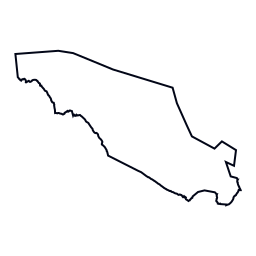 outline of Melchor Ocampo, Zacatecas, Mexico
{"feature_id": "50627088B70074027244327", "entity_name": "Melchor Ocampo", "entity_type": "district", "adm_level": 2, "iso_a3": "MEX", "parent_name": "Mexico", "parent_adm1": "Zacatecas", "projection": "equal_earth", "projection_center": [-102.006, 24.9], "detail": "fine", "context": "isolated", "style": "outline", "palette": "ink", "viewbox_px": 256, "rotation_deg": 0, "n_neighbors": 0, "source": "geoboundaries", "source_scale": "gbopen_adm2", "svg_char_len": 5374}
<svg xmlns="http://www.w3.org/2000/svg" viewBox="0 0 256 256"><path d="M236.3,177.9L230.7,176.4L225.9,162.0L234.0,165.8L236.0,150.1L221.9,141.4L214.5,148.6L191.9,136.4L186.8,125.4L176.9,103.2L172.6,87.7L113.0,69.5L73.1,53.1L58.3,50.8L15.4,54.0L17.8,77.2L18.9,78.4L18.9,78.7L19.0,78.8L19.4,78.9L19.6,79.0L20.1,79.8L20.3,80.1L20.5,80.3L21.1,80.4L21.2,80.5L21.7,79.8L21.9,79.6L22.0,79.7L22.3,79.5L22.8,79.1L23.1,79.1L23.5,79.3L23.6,79.2L23.8,79.0L24.1,78.8L24.5,78.8L25.5,79.8L25.7,80.6L26.0,81.1L26.0,81.8L25.8,82.1L25.8,82.3L26.0,82.4L26.5,82.2L26.8,82.0L27.0,81.8L27.1,81.6L27.3,81.5L28.2,81.2L28.6,80.8L28.8,80.8L29.4,81.4L29.7,81.8L30.0,81.9L30.5,81.8L31.1,81.5L31.8,80.8L32.1,80.7L32.4,80.2L33.1,80.0L34.0,79.8L35.1,79.8L35.9,79.9L36.2,80.0L36.5,80.4L37.0,80.7L37.1,80.9L37.4,80.9L37.5,81.2L38.6,82.7L38.8,83.0L39.2,83.1L39.4,83.3L39.6,83.3L39.8,83.5L40.0,83.9L40.0,84.7L40.1,84.9L40.1,85.6L40.3,85.7L40.8,85.5L41.0,85.7L41.4,85.7L41.5,86.1L41.3,86.1L42.1,87.0L42.3,87.2L43.2,88.2L43.2,88.3L43.7,88.7L44.4,89.8L44.6,90.3L45.1,90.8L45.3,90.9L46.5,91.3L46.6,91.5L47.2,92.6L47.4,93.1L47.5,93.6L47.6,93.8L47.8,94.2L48.0,94.4L48.2,94.7L48.3,95.3L49.0,95.7L49.3,96.1L49.5,96.5L49.7,96.9L49.8,97.2L50.3,97.7L50.8,98.6L51.0,99.1L51.1,99.5L51.1,100.1L51.2,100.4L51.4,100.5L51.7,101.4L51.9,101.6L52.0,101.7L52.0,101.9L52.2,102.1L52.3,102.3L52.5,102.4L53.2,102.7L53.7,102.7L53.8,102.8L53.9,103.2L53.9,103.6L54.3,104.8L54.1,105.2L54.4,107.2L54.6,108.5L54.8,109.1L55.0,110.9L55.0,111.8L55.1,113.0L55.5,112.9L56.2,113.1L57.0,113.2L57.5,113.3L57.7,113.2L58.0,113.0L58.9,113.0L59.1,113.1L59.6,113.4L60.5,113.6L61.6,113.8L61.9,114.0L62.5,114.2L62.6,114.4L63.0,114.5L64.0,114.0L64.4,113.7L64.4,113.4L64.5,113.0L64.6,112.9L64.9,112.9L65.2,112.6L65.3,112.4L65.7,112.2L66.1,112.0L66.3,111.8L66.5,111.8L66.8,111.6L67.0,111.4L67.4,111.1L67.4,110.9L67.5,110.8L67.9,110.8L68.1,110.4L68.1,110.5L68.4,110.9L68.5,111.5L68.7,111.4L68.9,111.3L69.4,110.6L69.6,110.5L69.8,110.5L70.0,110.6L70.6,110.6L71.1,110.9L71.6,111.1L71.9,111.1L73.1,115.6L73.2,115.4L73.8,115.3L73.9,115.2L74.1,115.1L74.2,114.9L74.4,115.1L74.5,115.2L74.9,115.8L75.1,115.9L75.5,115.6L76.0,115.6L75.9,115.2L76.1,115.0L76.2,114.9L76.3,115.1L76.7,115.3L77.1,115.2L77.2,115.4L77.9,115.4L78.5,115.3L79.1,115.1L80.0,115.0L80.9,115.9L81.6,116.3L84.7,119.2L85.4,120.2L85.9,121.3L86.4,121.8L88.3,122.9L89.1,124.2L91.1,127.2L92.5,128.8L92.8,130.2L93.8,131.8L94.6,132.7L95.5,133.1L96.3,132.9L96.9,133.2L98.0,134.4L98.1,135.2L98.4,136.4L98.9,137.2L99.1,137.7L99.9,138.5L100.7,139.2L101.3,139.9L102.3,141.5L102.3,142.3L102.0,143.0L101.9,143.5L102.0,143.8L101.8,144.2L101.9,144.5L102.0,144.6L102.3,144.5L102.5,144.5L102.5,144.4L102.5,144.8L102.5,145.0L103.0,145.3L104.8,147.1L105.4,148.1L106.1,149.3L106.5,149.9L106.7,150.5L106.6,150.9L106.8,151.2L107.2,151.8L107.8,154.3L108.1,155.6L138.1,170.8L141.2,172.2L146.4,176.1L146.9,176.4L148.1,177.2L148.3,177.1L149.2,177.5L151.3,179.1L152.0,179.3L152.6,179.7L153.0,180.0L153.6,180.3L153.7,180.5L154.6,181.1L155.3,181.4L155.7,181.8L156.6,182.5L157.0,182.7L158.0,183.6L158.7,183.9L159.0,184.1L159.7,184.5L160.9,185.6L161.8,186.2L162.1,186.4L162.8,187.0L163.2,187.2L163.9,187.8L164.1,188.0L164.3,188.0L164.6,188.2L165.3,188.7L165.8,188.9L166.0,189.1L166.4,189.2L166.5,189.4L166.8,189.6L167.1,189.8L167.6,189.9L168.4,190.3L168.7,190.5L169.1,190.7L169.7,191.0L169.9,191.0L170.0,190.9L170.3,191.0L170.7,191.2L170.9,191.1L171.0,191.2L171.2,191.5L172.1,192.0L173.3,192.2L173.8,192.5L174.1,192.8L174.3,192.9L174.7,193.1L175.4,193.4L176.6,193.6L177.1,193.8L178.2,194.7L178.7,194.9L179.1,194.8L179.5,194.5L179.8,194.5L180.2,194.6L180.8,194.9L181.0,194.9L181.3,195.0L181.6,195.2L181.6,195.4L181.8,195.5L182.2,196.0L182.3,196.1L182.5,196.4L182.7,196.5L182.7,196.8L183.0,197.1L183.3,196.8L183.3,196.7L183.5,196.6L183.9,196.2L184.1,196.5L184.2,196.8L184.4,197.1L184.8,196.7L185.1,196.9L185.9,197.5L185.7,198.0L185.7,198.4L185.8,198.8L186.0,199.3L186.3,199.5L187.3,200.1L188.5,201.0L189.5,200.2L189.8,200.2L189.9,199.8L190.4,199.4L190.7,199.0L190.9,198.8L191.2,198.6L191.3,198.3L191.8,198.0L191.9,197.8L192.3,197.8L192.7,196.4L198.0,192.0L204.5,190.4L214.8,192.3L215.6,193.0L215.9,193.5L216.4,194.0L216.8,194.2L217.0,194.2L216.7,195.0L216.8,195.5L216.8,195.8L216.7,195.9L216.7,196.2L217.1,197.3L217.1,197.7L216.9,198.5L216.6,198.8L216.6,199.8L216.3,200.4L216.3,201.1L216.5,201.4L216.7,201.6L217.0,201.8L217.4,202.3L217.5,202.6L217.7,202.8L217.8,203.1L217.8,203.4L218.0,203.4L218.1,203.7L218.6,203.8L218.9,203.9L219.1,203.8L219.3,203.9L219.5,203.8L220.0,203.9L220.3,203.7L220.5,203.9L220.6,204.1L226.2,204.5L226.2,205.2L228.0,204.5L228.7,204.4L229.0,204.2L230.2,203.2L230.4,203.0L230.6,202.8L231.2,202.2L231.6,201.7L231.8,201.4L232.2,200.8L232.4,200.5L233.1,199.3L233.3,198.7L233.4,198.4L233.5,197.9L233.5,197.5L233.7,197.1L234.4,196.1L234.9,195.9L235.0,195.6L235.3,195.5L235.5,195.4L235.9,195.2L236.2,194.4L236.5,194.0L236.8,193.6L237.1,193.0L237.5,192.7L238.1,191.7L238.3,191.2L238.4,190.8L238.7,189.9L239.8,190.1L240.6,190.1L240.5,189.8L240.5,189.7L240.4,189.6L240.2,189.1L240.0,188.7L239.4,187.6L239.2,187.3L239.2,186.8L238.8,186.3L238.8,186.1L238.3,185.2L237.8,183.7L237.7,183.0L237.8,182.8L237.7,182.5L237.5,182.1L237.3,182.0L237.2,181.6L237.4,180.8L237.4,180.5L237.3,180.4L237.3,180.2L237.5,180.1L237.8,179.6L237.6,179.6L237.5,179.4L236.9,178.1L236.3,177.9Z" fill="none" stroke="#020617" stroke-width="2"/></svg>